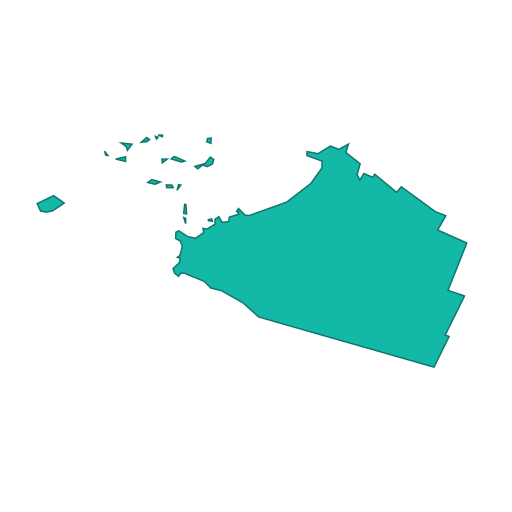 outline of Kien Luong, Kiên Giang, Vietnam, rotated 83°
{"feature_id": "81297802B41363610148385", "entity_name": "Kien Luong", "entity_type": "district", "adm_level": 2, "iso_a3": "VNM", "parent_name": "Vietnam", "parent_adm1": "Kiên Giang", "projection": "robinson", "projection_center": [104.552, 10.196], "detail": "medium", "context": "isolated", "style": "filled", "palette": "teal", "viewbox_px": 512, "rotation_deg": 83, "n_neighbors": 0, "source": "geoboundaries", "source_scale": "gbopen_adm2", "svg_char_len": 1978}
<svg xmlns="http://www.w3.org/2000/svg" viewBox="0 0 512 512"><g transform="rotate(83 256 256)"><path d="M210.0,108.6L189.3,128.2L192.2,130.4L187.3,138.9L193.2,143.6L187.7,145.7L177.1,141.4L164.2,154.2L156.2,150.6L160.3,160.7L155.9,168.7L162.0,182.0L158.6,192.6L162.5,193.2L169.9,178.8L176.7,179.9L190.7,192.7L206.3,219.1L215.0,257.8L214.3,261.7L206.7,267.6L209.2,269.7L210.1,267.1L209.9,269.1L212.5,268.1L214.1,277.7L218.5,279.0L218.5,285.5L212.4,288.1L214.7,292.3L219.3,292.7L223.3,301.3L222.1,305.3L226.3,305.0L231.0,313.8L228.4,321.5L221.6,329.5L222.7,332.6L228.9,333.6L231.6,329.6L237.2,327.9L246.3,331.5L247.7,334.2L249.0,331.4L253.4,333.0L258.4,339.9L263.2,338.9L266.7,335.2L263.9,332.9L264.3,329.3L274.8,310.6L282.3,304.7L286.0,294.8L301.0,274.5L316.9,260.7L388.0,92.9L359.4,74.1L357.6,77.9L321.1,53.9L313.5,69.6L268.8,45.2L252.3,72.5L239.2,62.7L233.9,72.5L205.0,103.4L210.0,108.6ZM186.3,452.2L180.1,439.9L171.4,449.5L177.3,466.8L185.2,464.3L186.9,458.6L186.3,452.2ZM155.1,286.2L152.3,289.3L158.0,295.0L159.6,305.7L162.4,303.2L159.2,298.0L161.3,293.4L159.4,288.0L155.1,286.2ZM135.5,370.8L129.9,365.4L127.4,376.0L131.7,371.4L135.5,370.8ZM169.9,354.4L172.5,347.4L170.9,341.9L167.5,350.2L169.9,354.4ZM153.7,318.5L153.1,315.1L147.2,325.1L149.3,328.3L153.7,318.5ZM205.8,319.8L196.4,319.3L196.0,320.5L204.9,322.6L205.8,319.8ZM146.2,373.9L141.6,373.4L142.7,383.4L146.2,373.9ZM136.6,291.0L138.7,287.1L133.5,286.1L133.5,289.7L136.6,291.0ZM178.1,329.8L175.4,330.7L174.5,336.4L177.3,336.3L178.1,329.8ZM127.4,347.4L125.0,350.1L129.1,355.9L129.2,350.2L127.4,347.4ZM175.8,324.2L181.2,326.4L176.4,322.1L175.8,324.2ZM148.4,337.7L152.1,337.6L149.0,332.3L148.4,337.7ZM215.3,321.9L210.0,321.2L209.0,323.0L215.3,321.9ZM133.5,393.5L137.6,392.9L138.2,390.8L133.5,393.5ZM216.2,295.1L213.8,295.5L214.1,298.9L215.2,298.8L216.2,295.1ZM126.2,334.4L124.7,334.0L124.0,338.4L126.2,334.4ZM125.0,341.3L127.8,340.5L126.1,338.7L125.0,341.3Z" fill="#14b8a6" stroke="#0f766e" stroke-width="1.5"/></g></svg>